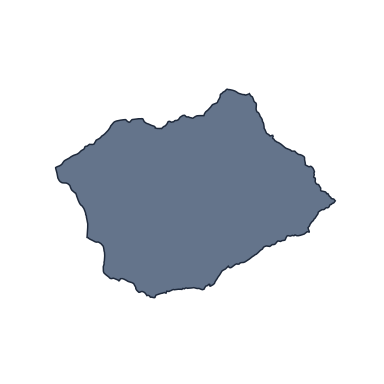 El Espino, Boyacá, Colombia, rotated 204°
{"feature_id": "7082276B84809079779557", "entity_name": "El Espino", "entity_type": "district", "adm_level": 2, "iso_a3": "COL", "parent_name": "Colombia", "parent_adm1": "Boyacá", "projection": "natural_earth1", "projection_center": [-72.481, 6.507], "detail": "fine", "context": "isolated", "style": "filled", "palette": "slate", "viewbox_px": 384, "rotation_deg": 204, "n_neighbors": 0, "source": "geoboundaries", "source_scale": "gbopen_adm2", "svg_char_len": 5982}
<svg xmlns="http://www.w3.org/2000/svg" viewBox="0 0 384 384"><g transform="rotate(204 192 192)"><path d="M326.5,158.9L326.2,158.2L323.1,154.4L320.2,150.2L318.0,148.5L316.7,147.9L315.6,147.7L314.5,147.6L312.9,148.1L311.2,148.8L310.2,149.1L308.4,149.0L306.3,148.3L304.4,146.3L302.9,145.0L301.4,144.4L300.7,144.3L298.8,143.6L298.0,143.8L296.1,142.0L295.9,141.6L292.6,138.2L290.5,136.3L289.4,135.5L288.3,134.9L286.6,134.5L284.0,132.9L281.1,130.0L280.4,129.1L280.1,128.4L279.6,127.8L279.0,127.5L278.0,125.7L277.3,124.8L274.3,120.5L272.8,117.0L269.4,107.8L268.4,108.0L268.2,107.8L266.2,107.4L262.9,107.3L260.2,107.1L259.0,107.3L257.6,108.0L257.0,108.2L254.2,107.8L251.3,106.5L250.5,105.7L249.1,103.7L248.4,102.5L247.4,101.3L245.8,98.2L244.0,93.3L243.9,92.4L243.6,91.6L243.0,90.5L242.7,87.7L240.8,83.7L240.3,83.0L239.2,82.1L236.7,81.3L233.4,80.5L232.6,80.1L231.5,79.8L230.1,80.2L229.0,81.2L227.7,81.4L225.8,81.4L225.0,81.5L224.1,81.4L223.7,81.5L223.2,81.5L222.6,81.1L222.3,81.5L222.1,83.5L221.8,83.9L220.1,84.6L218.6,84.7L216.5,84.6L213.9,84.3L209.9,84.8L208.0,84.6L206.9,83.7L205.0,82.3L204.5,81.8L204.2,81.1L203.5,80.4L202.4,79.7L200.0,78.8L199.6,78.8L199.1,79.1L198.7,79.4L198.3,80.0L197.7,80.5L196.8,80.9L195.5,81.0L193.9,80.7L193.6,80.5L192.2,79.8L191.1,79.0L190.2,79.7L189.7,79.8L188.7,79.8L188.3,79.7L187.6,79.1L187.2,79.0L185.9,79.6L184.4,79.8L183.1,80.3L182.9,80.7L183.1,81.3L183.0,81.9L183.0,82.5L182.9,83.2L179.1,86.7L177.9,87.5L176.4,88.9L174.6,89.0L174.7,91.1L172.5,91.8L171.8,92.7L171.1,93.4L169.8,95.0L169.2,95.4L168.4,95.5L164.6,97.8L164.1,97.9L163.7,98.2L161.6,98.9L161.2,100.1L159.5,100.5L158.7,101.8L158.2,102.0L156.8,102.2L156.1,102.7L153.8,103.9L151.4,105.4L148.1,105.9L146.3,106.8L143.9,106.8L142.7,107.0L141.9,107.7L141.3,108.5L141.5,109.3L141.1,111.6L139.5,113.1L139.4,114.1L138.8,114.7L138.2,114.8L137.5,113.4L136.8,113.5L135.0,116.0L134.3,117.6L134.4,118.9L134.2,120.9L133.8,123.0L133.7,124.5L133.0,127.7L132.5,131.9L131.6,133.4L130.1,135.3L128.7,139.0L127.8,138.4L126.9,138.2L125.8,138.6L125.1,139.5L123.1,143.2L122.0,144.5L120.8,144.7L119.7,145.3L119.2,146.7L118.5,147.4L116.1,148.7L115.0,149.9L112.3,154.1L110.4,157.8L109.7,158.7L109.0,160.1L107.9,161.4L106.9,163.6L106.0,166.0L105.2,167.5L104.5,168.4L104.2,170.5L103.9,171.1L103.1,172.1L102.0,173.0L98.8,173.9L98.3,174.7L97.9,175.5L97.3,176.6L96.0,177.2L95.2,177.8L94.7,178.7L94.3,180.4L93.8,181.9L93.0,182.4L92.0,182.6L90.9,182.9L90.1,184.1L87.9,185.5L87.4,186.2L87.5,188.8L87.2,190.6L86.5,191.2L84.6,191.6L83.8,192.0L83.3,192.7L82.5,193.3L81.8,193.3L81.0,193.6L80.4,194.7L78.4,194.7L77.1,195.3L75.3,196.6L72.4,199.2L70.6,202.6L68.7,203.0L68.8,203.6L70.5,205.3L71.5,206.6L70.9,208.7L71.0,210.8L70.4,213.4L69.6,215.2L69.4,217.2L68.9,218.1L68.5,220.9L68.1,222.8L68.1,223.7L68.4,224.5L68.4,225.0L67.4,226.8L66.1,228.7L65.0,229.2L64.3,229.7L63.9,230.3L63.4,231.6L62.7,232.4L61.7,232.7L61.2,233.2L60.8,234.1L60.7,236.2L60.5,236.8L59.6,237.4L59.2,238.7L58.4,239.3L58.0,239.9L57.5,242.2L59.6,243.2L60.2,243.1L61.4,242.8L62.4,242.9L62.8,243.4L63.2,243.6L64.8,244.0L66.6,245.3L67.2,245.8L67.3,245.8L67.9,245.3L68.1,245.3L68.4,245.3L69.2,246.0L70.0,246.3L70.7,246.3L73.2,245.8L74.3,245.5L75.0,245.7L75.3,246.1L76.0,247.9L76.2,248.1L77.7,249.0L79.3,250.2L80.0,250.2L80.8,249.9L81.1,250.0L81.6,250.0L82.4,250.4L83.1,251.0L83.7,251.6L83.9,252.0L84.5,253.9L85.0,254.6L85.4,254.9L86.4,254.8L86.9,255.0L87.0,255.2L87.3,257.5L88.4,259.0L88.3,260.2L89.7,261.7L91.3,263.0L93.2,263.8L94.2,263.7L95.1,262.8L95.9,262.6L99.5,262.9L99.7,263.1L100.1,264.2L102.3,267.3L103.0,268.9L103.6,269.6L104.4,269.9L105.9,270.2L107.5,270.2L108.5,270.1L109.7,269.7L110.2,269.7L112.6,270.2L114.7,271.1L117.6,269.9L119.1,270.4L119.9,270.4L124.1,270.2L125.1,270.4L129.8,271.8L132.9,272.3L135.2,272.2L136.3,272.6L137.0,272.5L138.6,273.5L139.0,273.7L139.9,273.7L140.2,273.9L140.4,274.6L140.5,275.8L141.3,276.6L141.8,276.4L143.0,275.3L143.5,275.0L143.8,275.0L144.8,275.5L145.5,275.7L147.1,275.8L147.9,276.0L148.2,276.3L150.9,278.8L152.0,279.5L152.8,281.1L154.5,283.7L155.2,284.4L156.4,285.2L157.0,286.3L157.5,286.8L158.4,287.6L160.5,288.8L161.9,290.3L163.3,291.3L164.0,291.6L164.9,291.5L165.9,292.2L167.0,293.5L167.3,294.1L168.6,297.7L169.1,298.6L169.8,299.3L171.3,299.6L172.3,300.1L173.9,301.9L175.5,303.4L177.6,303.8L179.6,305.2L179.8,304.8L182.4,302.3L183.0,302.2L183.3,302.4L185.6,301.6L189.7,301.1L192.0,301.5L193.8,301.7L196.1,301.5L199.1,300.9L200.2,300.4L201.5,300.3L202.0,300.0L202.4,299.2L202.8,297.9L203.1,297.3L204.2,295.9L204.8,294.2L205.6,293.1L205.7,292.3L205.0,290.2L205.0,289.5L205.0,288.8L205.3,286.4L205.2,284.4L205.6,283.4L208.5,280.5L209.0,279.6L209.4,277.5L210.6,273.9L211.0,272.9L211.7,271.6L212.1,270.7L212.3,269.5L212.4,268.4L212.2,266.6L216.0,264.9L218.0,263.9L218.7,263.4L219.7,262.2L221.2,259.8L221.6,259.6L223.3,259.4L224.3,259.1L225.7,259.2L227.2,258.5L227.9,258.4L229.9,259.1L231.4,258.3L232.2,257.2L233.3,255.4L233.8,252.7L234.8,251.3L236.4,250.5L236.9,249.9L237.1,249.2L237.4,248.7L239.4,247.3L240.5,247.5L241.3,247.4L242.1,246.9L242.3,246.7L242.5,246.2L242.5,244.3L243.2,241.7L244.2,240.6L245.0,239.2L245.5,237.6L246.2,237.5L247.3,236.9L249.6,235.9L251.6,235.5L251.9,236.2L253.4,236.7L256.1,236.4L259.8,236.4L261.3,236.2L261.8,236.2L262.6,236.5L263.8,236.6L264.1,236.7L266.4,238.6L266.8,238.8L267.3,238.7L270.4,237.3L276.0,233.9L276.3,233.6L277.3,230.5L277.8,230.1L279.4,230.2L280.7,230.6L281.8,231.1L282.2,231.1L283.7,230.3L286.6,228.5L289.9,226.1L291.0,225.0L291.8,223.8L292.6,221.0L293.1,219.3L293.1,217.3L293.5,215.2L293.7,214.2L295.2,209.9L296.0,208.2L297.3,206.2L297.6,204.8L298.4,203.2L300.6,200.4L301.0,196.1L301.6,195.4L302.1,195.0L305.1,193.8L306.4,191.3L307.8,190.4L308.1,189.9L308.2,189.3L308.2,188.9L308.0,188.2L308.3,187.0L309.8,185.0L310.3,184.0L311.1,181.9L311.6,181.0L312.4,179.8L315.1,177.3L316.8,175.1L317.9,173.1L320.8,169.4L321.5,168.1L321.7,167.1L321.8,166.7L322.1,164.8L322.4,164.0L322.9,163.1L323.6,162.1L325.5,160.2L326.5,158.9Z" fill="#64748b" stroke="#1e293b" stroke-width="1.5"/></g></svg>